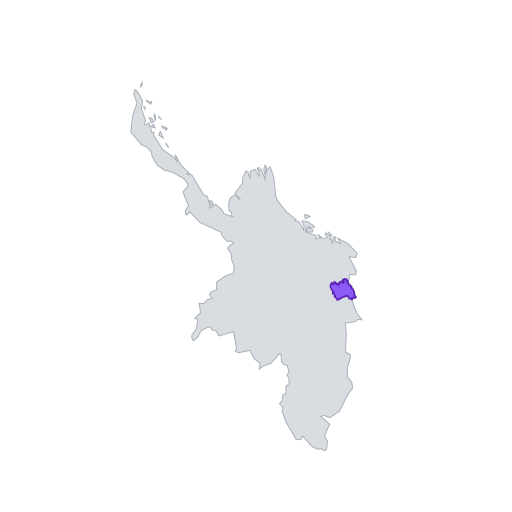 Hakha, Chin, Myanmar (highlighted), rotated 155°
{"feature_id": "60261553B91300055563286", "entity_name": "Hakha", "entity_type": "district", "adm_level": 2, "iso_a3": "MMR", "parent_name": "Myanmar", "parent_adm1": "Chin", "projection": "mercator", "projection_center": [93.452, 22.539], "detail": "fine", "context": "in_parent", "style": "filled", "palette": "violet", "viewbox_px": 512, "rotation_deg": 155, "n_neighbors": 0, "source": "geoboundaries", "source_scale": "gbopen_adm2", "svg_char_len": 8069}
<svg xmlns="http://www.w3.org/2000/svg" viewBox="0 0 512 512"><g transform="rotate(155 256 256)"><path d="M327.6,237.2L322.8,234.8L319.3,237.0L313.9,236.1L314.4,240.8L311.4,242.4L305.9,242.0L302.6,249.1L291.3,251.0L284.0,249.7L279.9,256.0L279.6,263.2L277.6,267.6L278.4,275.1L273.6,277.1L270.7,276.6L272.3,280.1L276.1,281.6L278.3,289.3L277.6,292.3L292.7,310.2L297.3,324.1L301.0,322.2L302.0,323.6L300.6,327.3L295.9,330.1L295.2,344.8L287.6,348.3L287.8,353.2L288.8,356.7L295.5,366.4L303.0,373.0L307.2,380.1L308.0,390.4L306.9,394.7L308.9,400.9L312.7,405.0L317.1,421.2L308.3,435.5L299.3,444.8L298.2,454.7L295.3,458.0L293.9,454.9L293.3,444.5L297.6,438.0L299.0,425.2L301.8,422.5L300.3,421.2L296.8,422.1L298.1,411.8L296.1,411.4L297.7,409.2L295.6,391.9L288.7,379.8L287.8,374.5L286.8,381.6L286.0,380.2L285.7,370.6L281.8,360.1L282.2,359.2L284.1,360.1L282.3,357.7L281.0,358.3L279.8,355.7L277.7,333.9L275.1,330.8L276.1,321.3L278.0,319.0L270.7,319.9L267.3,312.0L267.1,307.6L259.9,300.9L261.1,303.0L259.9,305.2L261.1,309.0L258.1,315.9L255.2,319.1L251.2,320.3L248.1,318.4L247.4,314.7L246.2,314.6L249.0,321.6L237.4,327.6L235.6,331.7L229.6,337.2L227.8,336.5L228.7,329.1L225.2,335.0L220.4,335.1L219.4,327.3L217.4,331.8L214.6,333.3L215.4,320.2L214.6,324.0L210.0,329.2L205.5,330.9L206.5,320.1L212.6,302.9L213.1,297.3L209.8,283.5L204.4,272.0L206.0,271.8L202.3,268.4L201.8,259.8L199.7,262.9L199.4,268.3L194.8,265.5L190.4,258.0L192.2,257.3L197.3,260.9L200.1,258.9L200.8,256.4L192.8,249.1L194.8,246.1L192.2,246.1L185.4,242.6L183.4,243.2L184.3,246.4L182.9,247.3L180.2,242.5L182.2,240.1L180.5,240.1L181.6,235.8L180.9,235.2L177.7,240.8L175.9,239.5L177.9,236.6L177.1,235.0L174.2,231.7L174.4,237.6L167.3,228.3L163.2,215.5L166.3,212.3L171.9,216.1L171.4,200.3L173.7,196.9L179.4,199.7L181.1,195.7L183.3,194.7L181.8,183.7L183.6,176.7L187.4,175.5L188.3,169.8L188.8,162.0L186.9,153.4L190.4,155.4L194.3,154.7L203.5,157.6L206.9,147.5L215.5,131.0L212.3,127.2L212.9,124.8L220.4,116.0L224.3,108.2L222.6,101.1L224.2,95.4L231.2,91.7L246.2,80.0L257.4,78.3L262.0,82.9L265.1,83.3L260.4,72.4L269.9,64.2L269.6,57.6L274.1,50.7L276.6,50.9L278.9,54.3L281.3,54.3L285.7,59.4L289.8,73.2L293.0,70.7L297.1,72.7L299.0,93.0L297.9,104.8L295.3,107.5L297.2,112.3L293.3,114.0L290.6,118.7L286.6,119.0L283.9,125.4L279.9,126.3L277.8,131.3L278.2,135.1L275.0,137.2L274.0,143.7L276.8,146.2L277.6,149.6L274.7,156.8L277.2,157.1L288.1,152.3L295.7,153.2L300.9,152.1L297.7,157.0L300.9,163.3L301.5,173.1L313.0,175.8L314.9,178.3L312.3,181.3L308.4,197.0L323.4,199.2L323.8,205.2L327.0,207.4L327.5,210.7L329.5,211.8L337.6,211.6L342.3,207.5L348.5,205.7L348.8,209.1L347.4,211.6L340.7,215.1L336.2,222.2L335.9,223.8L338.0,225.2L330.2,228.0L327.6,237.2ZM195.0,253.9L199.8,256.7L198.8,258.8L195.8,259.0L193.5,255.2L195.0,253.9ZM290.1,402.2L293.2,406.5L290.2,409.4L290.1,402.2ZM194.5,273.0L192.0,271.4L190.3,269.0L195.6,269.0L194.5,273.0ZM294.5,420.7L294.6,426.3L292.7,425.7L291.5,421.0L294.5,420.7ZM212.6,330.8L209.4,334.5L208.9,331.3L213.3,326.8L212.6,330.8ZM274.9,325.8L272.9,324.6L272.7,321.3L274.2,320.3L275.4,322.0L274.9,325.8ZM288.3,427.6L287.8,425.7L289.9,421.1L289.5,425.1L288.3,427.6ZM287.1,438.1L289.7,442.3L289.3,443.2L286.9,439.8L285.3,440.1L287.1,438.1ZM296.3,417.5L293.5,418.7L293.3,414.8L296.3,417.5ZM289.7,457.7L286.1,461.3L286.6,459.3L289.7,457.7ZM179.3,243.1L180.7,247.9L178.4,242.2L179.3,243.1ZM290.2,393.3L290.1,396.7L289.2,391.1L290.2,393.3ZM190.4,246.5L190.8,249.5L188.7,245.2L190.4,246.5ZM286.5,413.4L284.4,411.6L285.1,410.4L286.2,410.7L286.5,413.4ZM285.0,408.3L283.7,410.7L282.4,409.2L283.5,408.2L285.0,408.3ZM285.3,422.2L285.4,424.2L283.9,419.5L285.3,422.2ZM217.5,335.1L216.1,335.0L218.0,332.7L218.2,333.5L217.5,335.1ZM294.9,438.5L293.5,438.1L294.6,435.8L294.9,438.5Z" fill="#d9dde1" stroke="#a8b0b8" stroke-width="1"/><path d="M187.2,175.8L187.3,175.8L187.3,176.0L187.2,176.0L186.9,176.5L186.7,176.8L186.7,177.0L186.5,176.9L186.4,177.0L186.2,177.2L185.9,177.3L185.9,177.2L185.7,177.1L185.2,177.2L184.9,177.1L184.9,176.9L184.6,176.8L184.6,176.5L184.5,176.4L184.4,176.2L184.0,176.1L183.9,176.1L183.7,176.3L183.4,176.4L183.3,176.2L183.1,176.2L183.0,176.3L182.8,176.4L182.8,176.5L182.8,176.8L182.7,177.3L182.9,177.5L183.1,177.6L183.1,177.8L183.1,178.0L183.1,178.4L183.1,178.5L183.2,178.8L183.3,179.1L183.6,179.3L183.4,179.4L183.1,179.3L182.9,179.5L182.9,179.8L182.8,180.1L182.7,180.4L182.6,180.5L182.6,181.0L182.4,181.3L182.4,181.5L182.2,181.7L182.2,181.8L182.2,182.0L182.4,183.0L182.2,183.3L182.1,183.8L182.1,184.0L182.2,184.7L182.2,184.9L182.4,185.1L182.4,185.5L182.7,185.8L182.8,185.8L182.8,186.0L183.1,186.6L182.8,186.9L182.7,187.1L182.5,187.3L182.4,187.7L182.5,187.8L182.4,188.0L182.5,188.0L182.8,188.0L182.7,188.4L182.8,188.6L183.0,188.8L182.9,189.2L182.9,189.4L183.0,189.6L183.5,189.7L183.8,190.0L184.0,190.3L183.9,190.6L184.0,190.7L184.0,191.2L184.1,191.3L184.0,191.7L184.0,192.0L184.1,192.3L184.1,192.6L184.2,192.9L184.1,193.1L184.3,193.3L184.2,193.3L184.3,193.7L184.3,193.9L184.2,194.1L183.9,194.3L183.7,194.3L183.5,194.2L183.3,194.3L183.2,194.2L183.1,194.3L183.1,194.6L183.3,195.1L183.5,195.4L183.5,195.6L183.4,195.6L183.5,195.6L183.8,195.6L183.8,195.8L183.9,195.7L184.0,195.8L184.0,196.0L184.3,196.2L184.3,196.3L184.1,196.5L184.5,196.5L184.8,196.5L184.9,196.9L185.0,196.9L185.0,197.0L184.9,197.1L184.9,197.4L185.0,197.5L185.0,197.8L185.3,197.8L185.5,197.8L185.6,197.7L185.8,197.8L186.0,197.8L186.0,197.7L185.9,197.6L185.9,197.4L186.2,197.4L186.4,197.5L186.6,197.5L186.6,197.3L186.8,197.3L187.0,197.5L187.0,197.4L187.1,197.2L187.3,197.2L187.2,196.9L187.1,196.7L187.4,196.4L187.4,196.2L187.5,196.1L187.5,195.9L187.5,195.7L187.6,195.3L187.5,195.2L187.6,194.9L187.5,194.7L187.6,194.8L187.7,194.7L187.7,194.8L187.8,194.8L188.0,194.7L188.3,194.8L188.2,195.0L188.5,195.4L188.6,195.5L188.8,195.7L188.8,195.9L189.0,196.0L188.9,196.2L189.0,196.3L188.9,196.5L189.0,196.5L188.9,196.7L189.0,196.8L189.0,197.0L189.3,197.1L189.4,196.8L189.4,196.7L189.6,196.6L189.8,196.6L189.7,196.5L189.7,196.4L190.0,196.6L190.3,196.7L190.6,196.7L190.7,196.9L190.9,197.0L191.0,196.9L191.2,196.6L191.3,196.4L191.4,196.6L191.5,196.5L191.8,196.5L192.0,196.6L192.2,196.4L192.3,196.4L192.4,196.2L192.6,196.1L192.7,195.9L192.4,195.8L192.3,195.6L192.4,195.4L192.5,195.3L192.7,195.2L192.8,195.0L192.9,194.9L193.2,195.1L193.2,195.3L193.4,195.4L193.6,195.4L193.8,195.1L194.0,195.1L194.2,195.4L194.5,195.6L194.7,195.9L194.7,196.0L194.4,196.1L194.4,196.3L194.1,196.5L194.2,197.0L194.3,197.1L194.6,197.1L194.9,197.1L195.2,197.0L195.4,197.1L195.5,197.3L195.5,197.6L195.4,197.9L195.1,198.2L195.1,198.3L195.3,198.5L195.4,198.9L195.5,198.9L195.7,199.0L195.8,199.1L195.8,198.8L195.9,198.7L196.2,198.5L196.5,198.3L196.5,198.6L196.7,198.8L196.8,198.7L196.8,198.1L197.1,197.9L197.1,198.2L197.2,198.3L197.3,198.4L197.5,198.1L197.8,198.2L198.0,198.1L198.1,198.4L198.3,198.3L198.4,198.6L198.4,199.3L198.5,199.4L198.7,199.5L198.9,199.7L199.0,199.7L199.2,199.0L199.2,198.9L199.3,198.8L199.4,199.0L199.5,199.0L200.0,199.0L200.3,198.7L200.5,198.6L200.9,198.0L201.0,198.0L201.7,196.3L201.6,195.3L201.7,194.1L201.3,191.6L202.1,190.0L201.9,190.1L201.3,190.0L201.2,190.0L201.5,189.8L201.9,189.7L201.2,187.1L201.2,186.5L201.9,186.3L200.9,182.9L201.0,182.8L201.0,182.5L201.0,182.4L200.8,182.0L200.8,181.7L200.7,181.7L200.4,181.8L200.0,181.7L200.0,181.9L199.7,181.9L199.2,182.0L199.1,181.9L198.8,181.9L198.4,182.0L198.3,181.9L198.3,181.7L198.2,181.5L197.9,181.5L197.4,181.9L197.0,182.0L196.9,181.9L196.7,181.8L196.2,181.8L195.9,181.9L195.6,181.9L194.9,182.2L194.7,182.2L194.2,182.0L194.0,181.9L193.9,181.7L193.6,181.6L193.3,181.8L193.2,181.7L192.9,181.8L192.6,181.8L192.4,182.1L191.9,182.0L191.9,181.9L191.6,181.8L191.4,181.4L191.2,181.3L190.9,181.5L190.5,181.6L189.9,181.4L189.9,181.2L190.0,180.9L190.0,180.7L189.9,180.5L189.8,180.4L189.5,180.0L189.5,179.8L189.6,179.7L189.7,179.4L189.6,179.1L189.4,178.7L189.5,178.3L189.4,178.2L189.5,178.1L189.4,177.9L189.1,177.5L189.0,177.4L188.8,177.3L188.3,177.4L188.2,177.4L188.0,177.2L187.9,177.0L187.9,176.8L187.9,176.6L187.8,176.3L187.6,176.1L187.5,175.8L187.4,175.8L187.2,175.8Z" fill="#8b5cf6" stroke="#5b21b6" stroke-width="1.5"/></g></svg>